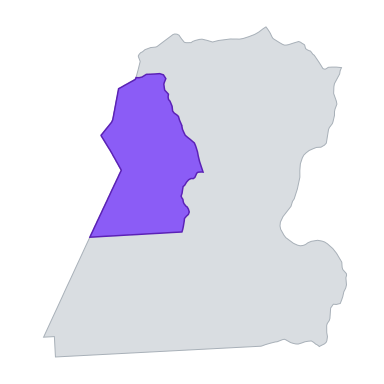 location of Murzuq within Libya, rotated 87°
{"feature_id": "LBY-2969", "entity_name": "Murzuq", "entity_type": "Municipality", "adm_level": 1, "iso_a3": "LBY", "parent_name": "Libya", "parent_adm1": "", "projection": "mercator", "projection_center": [15.489, 24.47], "detail": "fine", "context": "in_parent", "style": "filled", "palette": "violet", "viewbox_px": 384, "rotation_deg": 87, "n_neighbors": 0, "source": "natural_earth", "source_scale": "10m", "svg_char_len": 5171}
<svg xmlns="http://www.w3.org/2000/svg" viewBox="0 0 384 384"><g transform="rotate(87 192 192)"><path d="M35.2,106.8L37.6,105.5L41.1,104.1L42.9,103.1L43.6,102.2L46.2,98.5L47.6,96.5L49.4,93.7L50.2,91.8L50.2,90.0L49.9,87.8L48.5,82.6L47.3,77.6L48.2,75.6L49.0,74.7L50.6,72.3L51.2,71.8L54.7,71.1L56.0,69.5L57.1,67.5L57.4,66.4L58.9,65.3L60.7,64.2L61.8,62.8L65.4,60.6L68.7,58.6L72.6,56.4L75.6,54.8L76.2,53.4L76.2,52.1L74.6,49.3L74.6,45.9L74.7,43.1L74.8,41.5L75.5,36.8L75.6,36.2L78.7,37.7L81.9,38.4L91.3,44.1L94.3,44.8L101.0,45.4L108.8,43.1L111.8,42.7L116.9,44.9L119.2,45.5L123.0,45.7L129.5,47.6L131.1,48.3L134.9,51.5L136.8,52.4L150.2,55.3L152.1,57.2L154.0,60.9L154.0,65.4L155.1,68.7L156.7,72.9L158.8,75.9L161.0,78.4L163.6,80.0L169.5,82.3L176.2,83.2L182.9,83.5L194.4,86.6L204.2,90.3L206.6,92.1L211.5,93.9L221.3,102.4L226.7,105.3L230.5,105.9L233.9,105.4L240.0,102.4L242.5,100.7L248.6,93.3L250.6,89.4L251.4,86.7L251.2,83.9L250.4,81.4L248.7,78.8L247.5,75.4L246.8,69.1L247.8,64.8L248.9,62.1L250.8,59.5L255.8,54.4L260.9,50.8L269.9,46.1L275.1,46.0L277.3,45.5L281.6,42.1L283.3,42.0L285.7,42.8L292.8,42.6L295.9,43.5L299.6,45.6L304.3,46.9L307.6,48.2L311.1,49.8L311.9,54.0L311.6,55.2L311.5,56.8L315.1,59.6L325.5,60.9L327.6,61.7L330.4,63.8L332.3,64.5L339.4,64.8L343.5,64.3L347.5,65.1L349.0,65.8L350.5,67.5L352.3,71.6L353.0,73.0L352.2,73.7L351.1,75.1L350.4,76.4L348.5,78.4L347.0,80.6L347.1,83.8L347.5,87.1L348.5,90.3L349.4,93.9L349.2,96.2L348.4,99.0L347.5,101.4L344.4,106.3L343.9,107.4L344.1,109.1L346.0,114.8L346.1,116.7L347.2,122.2L348.3,126.8L349.4,130.3L349.6,131.3L349.6,136.5L349.6,141.7L349.6,146.9L349.6,152.1L349.6,157.3L349.6,162.5L349.6,167.6L349.6,172.8L349.6,177.9L349.6,183.0L349.6,188.2L349.6,193.3L349.6,198.4L349.6,203.5L349.6,208.5L349.6,213.6L349.6,218.7L349.6,223.7L349.6,228.7L349.6,233.8L349.6,238.8L349.6,243.8L349.6,248.8L349.6,253.8L349.6,258.8L349.6,263.8L349.6,268.7L349.6,273.7L349.6,278.6L349.6,283.6L349.6,288.5L349.6,293.4L349.6,304.4L349.6,315.2L349.6,326.1L349.6,336.9L349.4,336.9L349.4,337.0L344.3,337.0L339.3,337.0L334.3,337.0L329.2,337.0L329.2,339.7L329.2,342.4L329.2,345.1L329.2,347.8L319.5,342.7L309.8,337.6L300.0,332.4L290.3,327.3L280.5,322.2L270.8,317.0L261.1,311.9L251.3,306.7L241.6,301.6L231.8,296.4L222.1,291.2L212.4,286.0L202.6,280.8L192.9,275.6L183.1,270.4L173.4,265.1L166.7,261.5L159.4,265.0L153.7,267.8L146.2,271.4L137.6,276.2L131.0,279.8L130.7,279.7L130.4,279.7L123.5,273.5L118.2,268.7L115.8,267.4L105.7,264.9L95.6,262.5L85.0,259.9L83.1,256.0L80.9,251.6L78.0,246.1L76.2,242.7L75.6,242.2L67.5,239.5L58.9,236.9L53.9,238.5L53.0,238.4L51.6,237.4L50.2,236.0L49.4,234.1L47.4,231.5L45.6,225.7L45.4,221.0L45.0,219.4L40.5,212.8L36.5,206.8L33.8,202.8L33.3,201.0L33.6,198.8L34.7,196.8L38.6,194.4L42.1,191.8L42.6,190.0L42.8,185.1L41.7,183.5L40.8,180.6L40.0,176.6L39.9,174.0L41.4,168.9L43.3,163.6L42.1,157.7L41.2,145.7L41.8,136.3L41.4,132.9L41.0,131.4L39.8,126.9L38.3,122.3L37.7,120.7L35.8,117.0L32.6,112.3L31.0,109.5L33.2,108.0L35.2,106.8Z" fill="#d9dde1" stroke="#a8b0b8" stroke-width="1"/><path d="M231.8,296.3L231.3,296.1L228.8,294.8L226.3,293.4L223.8,292.1L221.3,290.8L218.8,289.4L216.2,288.1L213.7,286.7L211.2,285.4L208.7,284.0L206.2,282.7L203.7,281.4L201.2,280.0L198.7,278.7L196.2,277.3L193.6,276.0L191.1,274.6L188.6,273.3L186.1,272.0L183.6,270.6L181.1,269.3L178.6,267.9L176.1,266.6L173.6,265.2L171.0,263.9L168.5,262.5L166.7,261.5L166.3,261.6L165.4,262.0L164.2,262.6L163.0,263.2L161.8,263.8L160.7,264.3L159.5,264.9L158.3,265.5L157.2,266.1L156.0,266.6L154.8,267.2L153.6,267.8L152.5,268.4L151.3,269.0L150.1,269.5L148.9,270.1L147.8,270.7L146.6,271.3L146.2,271.4L146.2,271.5L142.8,273.4L139.3,275.3L135.8,277.2L132.3,279.1L131.0,279.8L130.7,279.8L130.4,279.7L129.5,278.8L127.0,276.6L124.4,274.3L121.9,272.0L119.3,269.7L118.2,268.7L115.8,267.4L113.7,266.9L111.9,266.4L110.1,266.0L108.3,265.6L106.6,265.1L104.8,264.7L103.0,264.3L101.2,263.8L99.4,263.4L97.6,263.0L95.8,262.5L94.0,262.1L92.2,261.6L90.4,261.2L88.6,260.8L86.8,260.3L85.0,259.9L83.5,256.7L82.0,253.8L79.8,249.2L79.7,249.1L78.3,246.1L76.9,243.2L76.3,242.6L75.7,242.2L74.8,241.9L75.1,238.9L74.6,235.9L72.1,231.4L72.2,227.2L72.2,222.5L72.1,218.1L73.5,214.4L77.4,212.2L81.1,213.9L82.8,214.5L86.6,214.2L88.9,213.9L91.0,212.1L93.1,210.4L95.8,210.9L98.4,210.6L100.0,209.3L101.9,208.6L105.3,207.4L110.2,207.1L112.3,205.6L114.3,203.0L115.8,201.6L119.6,200.7L125.0,198.7L125.0,198.8L129.0,198.2L131.4,197.3L135.0,195.8L137.3,193.4L139.4,191.0L141.5,188.8L143.1,187.1L146.1,186.0L148.7,185.3L152.3,184.4L156.2,183.9L160.0,183.2L162.1,182.8L172.7,179.9L172.5,181.5L172.5,183.2L172.6,185.1L173.5,186.3L174.5,186.8L176.3,187.7L177.6,188.4L178.7,190.0L178.5,192.3L179.6,194.7L181.8,196.9L183.3,197.9L184.9,199.0L186.1,200.6L189.2,201.3L192.7,202.0L195.6,203.1L197.4,202.4L198.8,201.5L201.5,201.2L203.1,200.7L205.8,198.8L206.7,197.6L208.9,196.5L211.8,195.8L214.2,196.8L216.0,199.0L218.1,200.9L220.2,201.2L222.5,201.7L225.7,202.4L228.4,203.1L230.5,203.8L231.4,204.2L231.4,215.4L231.5,226.6L231.5,237.8L231.6,248.8L231.6,259.9L231.7,270.9L231.7,281.8L231.8,292.8L231.8,293.0L231.8,293.5L231.8,293.9L231.8,294.2L231.8,294.4L231.8,294.6L231.8,296.3Z" fill="#8b5cf6" stroke="#5b21b6" stroke-width="1.5"/></g></svg>